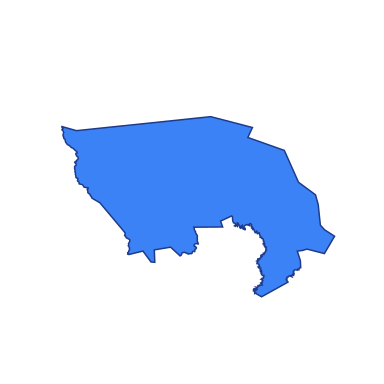 Middle Ramu District, Madang, Papua New Guinea, rotated 31°
{"feature_id": "67681753B72942369161331", "entity_name": "Middle Ramu District", "entity_type": "district", "adm_level": 2, "iso_a3": "PNG", "parent_name": "Papua New Guinea", "parent_adm1": "Madang", "projection": "mercator", "projection_center": [144.728, -4.954], "detail": "fine", "context": "isolated", "style": "filled", "palette": "blue", "viewbox_px": 384, "rotation_deg": 31, "n_neighbors": 0, "source": "geoboundaries", "source_scale": "gbopen_adm2", "svg_char_len": 6053}
<svg xmlns="http://www.w3.org/2000/svg" viewBox="0 0 384 384"><g transform="rotate(31 192 192)"><path d="M46.8,202.9L46.9,203.2L47.4,203.7L48.4,203.5L48.8,203.9L48.9,204.1L48.4,205.1L48.4,205.5L48.7,205.8L49.7,205.9L50.1,206.1L51.3,207.0L51.5,207.3L51.6,208.2L52.4,210.2L52.8,210.5L53.4,210.7L54.1,211.6L54.5,212.0L55.0,212.2L55.9,212.2L57.0,213.3L57.5,214.0L58.4,214.5L58.7,214.6L59.8,215.2L61.1,215.5L62.4,215.4L63.5,215.5L64.9,215.8L65.4,216.0L66.2,216.0L66.9,215.7L67.3,215.7L68.5,216.1L69.3,216.1L70.3,216.5L71.9,216.6L73.0,217.0L73.4,217.5L73.4,217.8L72.6,218.6L72.8,219.3L74.7,220.6L75.1,220.7L76.0,220.7L76.4,220.9L77.2,221.8L77.4,223.1L76.7,224.4L76.7,224.9L77.3,225.5L77.1,226.0L76.4,226.3L76.1,226.5L76.1,226.8L76.6,227.2L78.0,227.6L78.7,228.2L78.8,228.8L78.7,229.3L78.3,230.1L78.3,230.4L78.4,230.9L79.4,232.5L79.6,232.8L80.6,233.4L81.1,234.8L82.4,235.8L82.8,236.8L84.0,237.8L84.9,239.2L85.7,239.5L86.7,239.2L87.2,239.3L87.5,239.5L87.7,239.8L87.7,240.5L88.0,241.3L88.4,241.6L89.8,241.6L90.5,242.3L90.9,243.1L91.8,243.0L93.4,242.3L94.6,242.2L97.0,243.4L97.6,243.3L98.4,242.9L98.9,242.5L99.3,242.4L100.0,242.4L100.5,241.9L100.8,241.9L101.1,242.1L101.2,242.7L100.7,243.2L100.8,243.6L101.2,244.2L101.9,244.5L103.0,246.1L104.1,246.6L105.0,246.3L106.0,246.6L106.8,247.5L107.0,247.6L107.9,247.6L108.8,248.4L109.5,248.8L118.6,248.7L155.6,261.4L156.6,262.9L156.5,263.5L156.7,264.0L157.0,263.9L157.9,264.4L158.9,264.8L159.3,265.1L162.6,264.9L163.5,265.3L163.7,265.6L163.9,266.2L164.2,267.6L164.1,268.3L164.2,269.1L165.0,269.9L165.1,270.3L165.0,270.8L165.3,271.1L165.8,271.2L167.3,272.2L167.6,273.0L168.2,273.6L168.1,274.7L168.5,276.3L168.2,277.3L168.8,278.2L169.1,278.4L169.9,277.7L170.2,278.0L180.4,267.9L192.9,273.1L196.3,271.4L189.5,261.0L202.1,250.3L214.6,252.9L214.9,252.7L215.2,251.9L215.2,250.7L214.9,249.7L215.1,248.8L216.0,248.2L216.4,247.6L216.7,247.5L218.0,247.5L218.9,246.9L219.2,247.0L219.7,247.3L220.4,247.0L220.8,247.1L221.4,246.5L221.6,246.1L223.3,245.1L223.6,244.3L223.2,243.2L223.4,242.4L223.8,242.1L225.0,241.7L224.5,240.4L224.1,239.8L224.4,239.0L224.7,238.6L224.6,237.8L224.3,237.7L224.3,237.4L224.1,237.2L223.3,237.2L222.9,236.9L222.0,237.3L221.3,236.9L221.1,236.1L221.3,235.0L222.1,234.0L224.0,233.5L223.9,232.9L221.7,231.3L220.7,229.3L219.8,228.2L219.5,227.3L218.8,226.5L216.1,225.1L215.5,224.2L213.4,223.1L212.4,221.7L211.7,221.2L236.3,206.2L231.5,202.2L238.3,192.1L239.3,192.3L241.8,195.8L243.4,197.0L244.4,196.9L245.4,196.6L246.2,198.0L246.2,198.5L245.9,199.1L247.0,199.1L247.2,198.6L246.9,197.3L247.2,197.1L248.0,197.3L248.7,197.9L248.8,197.0L248.6,196.4L248.2,195.9L247.7,196.0L247.0,195.7L246.7,195.4L246.9,195.0L247.4,194.9L247.7,195.3L248.9,195.8L249.3,196.3L250.9,196.8L251.9,195.6L252.3,194.6L252.6,195.0L252.6,195.4L252.0,196.2L250.9,197.2L251.1,197.7L251.8,198.0L252.4,198.0L252.7,197.7L252.8,196.6L253.1,196.4L255.2,197.5L255.6,197.1L255.9,196.3L256.9,197.0L257.0,196.7L256.3,195.8L255.9,195.7L254.6,195.6L254.3,195.3L254.5,193.6L255.0,192.8L255.4,191.9L256.2,191.9L256.4,191.4L256.8,191.1L257.2,191.4L258.7,191.2L258.4,190.7L257.8,190.4L257.8,189.2L258.5,189.0L260.0,189.4L260.0,190.2L260.8,190.9L261.9,190.8L262.2,191.2L261.6,192.1L262.0,192.2L262.7,191.9L263.3,192.9L263.5,192.8L263.8,192.0L264.3,192.5L265.3,192.8L266.0,193.7L267.2,194.3L267.6,194.1L267.8,193.5L267.7,192.9L267.4,192.5L267.5,192.2L267.9,192.2L268.2,192.5L268.1,193.3L269.0,193.6L269.5,194.1L269.8,193.9L270.2,192.5L271.0,192.5L271.1,192.9L271.9,193.7L272.5,194.0L272.7,194.5L273.6,194.8L273.6,195.7L274.4,195.7L274.8,195.5L275.2,195.1L275.5,195.7L276.2,195.9L277.0,195.5L277.5,195.8L278.3,197.2L278.9,197.0L279.4,198.0L280.5,198.5L280.8,199.1L279.6,199.6L279.8,199.9L280.6,199.6L281.7,200.0L281.7,200.3L281.3,200.6L281.4,200.8L282.4,201.1L283.0,201.0L283.3,201.7L284.1,201.2L284.1,202.0L284.6,202.6L285.3,202.8L285.7,203.3L285.2,203.9L285.9,205.6L285.4,206.2L285.7,207.3L285.0,207.6L285.6,208.0L285.9,208.5L285.2,209.0L284.9,208.7L283.8,210.5L283.8,210.9L285.0,210.8L285.4,211.2L284.3,212.2L284.4,212.9L284.8,213.0L284.4,213.9L284.6,214.2L283.7,214.8L284.3,215.0L283.7,215.8L283.0,215.9L283.1,216.2L283.6,216.1L283.9,216.3L283.5,216.4L283.9,217.0L283.5,217.2L283.2,217.7L283.7,217.6L284.4,219.6L284.8,219.0L285.1,219.7L286.4,219.5L287.4,220.0L287.7,220.7L287.3,221.3L288.3,221.1L288.4,222.0L287.9,222.5L288.5,222.7L288.9,222.4L289.6,222.5L290.0,222.1L290.2,223.1L290.7,223.8L290.9,223.2L291.8,223.4L292.0,224.0L291.5,223.6L291.7,224.7L292.2,224.4L292.7,224.8L292.3,225.0L293.0,225.9L293.2,225.1L294.3,226.8L295.1,227.2L296.2,226.7L296.1,227.1L296.7,227.0L297.4,227.9L297.2,228.5L297.5,229.1L297.4,229.7L296.5,229.9L296.2,231.1L297.0,230.7L297.4,231.3L298.3,231.5L298.0,232.3L298.8,233.0L297.7,234.7L298.3,235.0L299.1,234.6L299.5,235.5L300.2,235.6L300.1,235.9L298.9,236.0L298.3,237.3L297.6,237.1L297.5,237.4L297.6,238.4L296.9,238.5L297.3,239.1L297.2,240.1L296.2,240.5L296.9,240.6L296.8,241.2L297.9,241.7L298.0,242.0L297.6,242.2L297.5,243.4L297.2,243.4L297.1,242.5L296.5,242.6L295.7,243.8L295.5,242.5L294.9,242.9L294.9,243.9L295.4,244.7L295.7,244.1L296.6,243.6L297.1,243.5L297.2,244.1L296.7,245.3L297.6,245.8L298.0,246.6L298.4,245.8L298.7,245.7L298.7,246.1L305.6,246.0L320.7,219.8L320.0,219.3L319.3,219.4L318.5,218.3L318.1,218.7L318.0,219.4L317.9,218.5L318.0,218.0L317.7,217.7L318.0,217.4L317.7,216.4L317.4,216.3L317.3,216.0L317.8,215.4L318.3,215.2L318.4,214.7L318.3,214.2L319.2,213.3L319.5,213.5L321.3,213.2L320.2,212.5L320.5,212.3L320.6,211.3L321.8,211.3L321.8,210.7L321.1,210.7L320.9,210.4L321.3,210.0L321.4,209.6L321.6,209.7L321.4,209.2L321.1,209.3L320.7,209.6L320.5,208.5L320.2,208.4L319.8,208.1L319.7,207.7L320.2,206.8L320.0,205.9L320.9,205.2L322.5,204.8L322.4,204.4L322.4,203.7L322.9,203.9L323.6,203.7L323.3,203.2L323.2,202.8L323.5,202.8L323.6,201.4L323.5,201.1L324.1,200.8L320.3,195.1L312.7,188.4L316.7,185.3L320.0,181.7L337.2,176.6L337.0,156.5L325.2,156.1L319.1,154.3L306.6,137.7L299.3,130.8L278.3,128.8L249.7,108.8L211.8,116.5L210.6,105.6L169.2,117.8L61.4,198.9L46.8,202.9Z" fill="#3b82f6" stroke="#1e3a8a" stroke-width="1.5"/></g></svg>